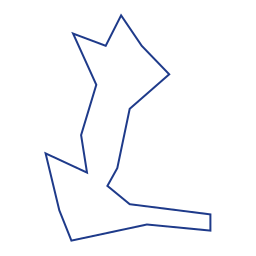 map outline of Sandys (Albers equal-area conic projection)
{"feature_id": "BMU-5141", "entity_name": "Sandys", "entity_type": "state/province", "adm_level": 1, "iso_a3": "BMU", "parent_name": "Bermuda", "parent_adm1": "", "projection": "albers", "projection_center": [-64.87, 32.287], "detail": "fine", "context": "isolated", "style": "outline", "palette": "blue", "viewbox_px": 256, "rotation_deg": 0, "n_neighbors": 0, "source": "natural_earth", "source_scale": "10m", "svg_char_len": 341}
<svg xmlns="http://www.w3.org/2000/svg" viewBox="0 0 256 256"><path d="M71.4,240.6L59.3,210.3L45.6,153.4L87.0,172.6L81.1,135.1L96.3,84.8L73.1,33.6L105.7,45.8L121.1,15.4L141.7,45.8L169.2,74.3L129.7,108.8L117.3,168.1L107.4,185.9L129.7,204.2L210.4,214.4L210.4,230.6L146.9,224.5L71.4,240.6Z" fill="none" stroke="#1e3a8a" stroke-width="2"/></svg>